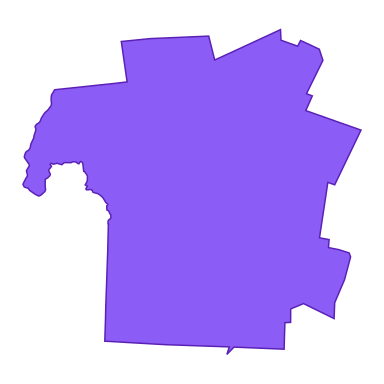 Rutland, Vermont, United States of America
{"feature_id": "52423323B74682295131774", "entity_name": "Rutland", "entity_type": "district", "adm_level": 2, "iso_a3": "USA", "parent_name": "United States of America", "parent_adm1": "Vermont", "projection": "robinson", "projection_center": [-73.236, 43.575], "detail": "fine", "context": "isolated", "style": "filled", "palette": "violet", "viewbox_px": 384, "rotation_deg": 0, "n_neighbors": 0, "source": "geoboundaries", "source_scale": "gbopen_adm2", "svg_char_len": 2003}
<svg xmlns="http://www.w3.org/2000/svg" viewBox="0 0 384 384"><path d="M54.7,89.7L51.6,94.9L51.3,96.0L51.1,99.8L51.5,103.7L51.1,105.7L47.8,110.1L45.4,112.2L44.1,113.7L41.3,118.2L40.4,120.7L39.6,122.1L38.3,123.3L36.6,124.2L35.3,125.9L35.1,126.9L35.9,129.0L35.6,130.9L34.1,135.5L33.9,136.0L33.8,137.8L30.8,144.2L30.3,147.5L28.8,150.1L26.6,151.4L25.9,152.2L25.3,153.2L24.3,156.6L24.6,157.9L29.0,164.2L29.3,165.2L29.3,165.8L26.5,170.5L26.5,171.3L27.2,173.9L27.5,175.9L25.9,178.3L23.5,183.0L23.0,184.3L23.2,185.0L24.2,186.8L25.2,187.4L28.1,188.2L29.6,190.4L34.9,194.1L37.4,195.4L38.4,195.9L39.4,195.9L41.2,194.9L44.8,191.6L45.2,190.9L45.6,189.5L45.2,186.4L45.2,179.4L47.8,177.8L49.8,175.7L50.2,174.8L50.3,174.1L48.6,170.4L49.3,169.2L51.4,166.6L51.5,166.3L50.2,164.5L50.5,163.6L51.9,163.4L52.7,164.0L53.4,164.2L56.4,163.5L56.7,163.2L61.8,164.7L64.3,162.6L71.0,162.7L72.7,161.8L75.7,161.9L77.9,163.5L78.9,163.8L80.2,161.8L80.9,161.5L81.9,162.1L82.6,162.9L82.8,163.6L83.7,171.4L84.7,171.8L86.7,174.6L87.4,176.1L87.4,178.7L87.1,181.1L86.9,181.9L85.2,184.9L87.3,186.1L87.4,186.5L86.4,187.6L85.9,188.9L86.3,189.7L86.8,189.9L90.8,189.5L92.4,190.5L92.6,191.7L93.2,192.4L98.0,193.7L100.4,195.4L102.9,197.7L105.7,202.3L107.6,204.1L107.7,204.8L106.7,206.0L106.9,210.0L107.9,210.4L108.5,210.9L109.0,211.8L110.6,214.9L110.8,214.9L110.9,216.4L110.7,218.1L110.0,219.0L108.4,220.2L108.0,221.7L108.0,223.9L108.4,224.1L108.3,226.4L107.7,251.9L107.5,256.9L105.7,308.9L105.7,309.3L105.6,313.2L105.5,318.3L104.8,341.2L165.9,344.7L229.3,346.9L226.9,354.4L234.0,347.1L284.1,349.2L284.9,322.7L290.6,322.4L290.7,308.9L303.5,303.6L334.1,318.6L334.7,302.7L344.5,279.8L350.6,256.9L349.1,252.9L338.7,249.6L328.5,247.6L329.1,239.6L319.5,237.8L326.8,189.4L327.8,182.4L334.7,184.8L361.0,130.1L305.8,110.6L312.3,95.9L306.5,93.7L322.9,60.4L319.3,49.2L300.6,40.5L297.6,46.2L281.0,40.2L280.5,29.6L241.5,47.7L214.7,60.0L208.7,36.1L150.3,38.6L121.3,41.5L127.1,81.9L115.6,83.3L54.7,89.7Z" fill="#8b5cf6" stroke="#5b21b6" stroke-width="1.5"/></svg>